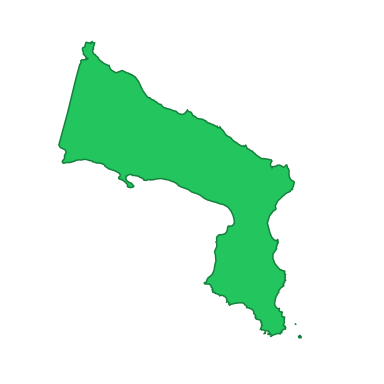 Yorke Peninsula, South Australia, Australia, rotated 285°
{"feature_id": "25037944B39877699410120", "entity_name": "Yorke Peninsula", "entity_type": "district", "adm_level": 2, "iso_a3": "AUS", "parent_name": "Australia", "parent_adm1": "South Australia", "projection": "albers", "projection_center": [137.377, -34.732], "detail": "fine", "context": "isolated", "style": "filled", "palette": "green", "viewbox_px": 384, "rotation_deg": 285, "n_neighbors": 0, "source": "geoboundaries", "source_scale": "gbopen_adm2", "svg_char_len": 5972}
<svg xmlns="http://www.w3.org/2000/svg" viewBox="0 0 384 384"><g transform="rotate(285 192 192)"><path d="M272.7,50.5L237.0,51.3L203.0,51.2L200.9,53.2L200.0,58.2L198.6,59.7L196.8,60.2L194.7,59.3L191.3,60.2L188.4,58.8L187.6,58.9L187.2,59.6L186.7,59.7L186.6,60.7L188.0,63.1L188.8,66.4L191.3,70.4L192.8,72.1L194.0,75.1L194.1,76.3L195.8,79.9L196.1,81.5L195.8,85.5L196.3,87.2L195.4,88.2L195.6,89.9L195.3,92.3L196.1,95.6L195.9,98.8L195.5,100.4L194.9,101.3L194.4,101.3L192.8,105.7L192.5,112.1L191.4,116.6L190.6,117.8L189.4,118.4L188.1,118.4L187.4,117.4L186.1,117.8L185.7,118.6L185.7,120.8L184.5,124.5L182.6,127.5L181.3,128.3L180.6,128.2L180.2,129.0L180.3,131.5L181.6,133.9L182.5,134.3L184.9,131.1L184.8,129.9L185.9,126.4L187.3,124.9L188.1,124.6L188.9,124.8L188.5,124.5L189.1,124.2L190.3,124.4L190.7,124.8L189.8,124.4L192.2,126.2L192.7,127.0L193.2,129.3L192.5,130.2L193.0,131.7L193.4,136.4L192.7,137.6L192.7,139.4L192.3,140.0L192.0,142.0L191.1,142.3L191.0,142.9L191.3,144.6L192.7,146.8L193.1,148.2L192.8,149.0L193.4,149.5L193.8,151.6L195.2,153.7L197.0,158.6L197.5,166.5L196.7,173.4L195.4,176.6L194.5,177.5L194.6,178.5L194.1,179.7L193.5,187.5L191.9,191.9L191.6,197.7L190.9,201.2L189.3,204.9L188.4,208.5L188.1,215.8L188.3,217.3L187.8,221.9L188.0,225.5L186.6,230.8L183.8,234.5L180.3,237.5L176.8,239.6L173.0,240.9L170.4,240.0L169.6,239.3L169.0,238.3L168.8,236.4L168.1,236.1L167.9,235.6L163.1,235.9L161.0,235.1L159.8,234.1L158.6,232.0L157.7,229.2L155.1,227.6L153.5,227.7L151.6,228.6L149.8,228.1L148.7,229.2L145.7,230.0L140.2,229.2L137.3,230.9L131.4,233.0L128.7,232.9L121.9,233.5L118.0,232.9L115.2,231.4L113.6,229.9L111.3,229.2L108.5,229.1L107.9,227.8L107.4,227.5L107.4,228.2L106.5,228.5L107.4,231.5L107.2,233.6L105.8,235.1L105.4,235.0L104.9,235.5L104.3,236.6L103.4,237.2L102.9,236.8L102.7,237.3L102.4,237.1L101.3,237.7L101.4,238.1L100.6,238.2L100.5,239.6L100.9,240.1L100.1,240.6L100.1,242.6L99.5,245.2L98.9,245.7L99.7,246.3L99.9,248.2L99.7,250.3L99.2,251.4L98.5,252.4L97.1,253.6L96.0,253.5L95.4,254.2L94.8,254.1L95.3,254.9L94.9,256.2L93.2,256.5L92.4,257.7L93.4,258.4L95.2,261.6L96.9,265.5L98.0,269.5L97.8,271.0L96.7,272.1L96.3,273.5L95.3,274.9L94.5,274.7L94.8,277.2L94.5,277.5L94.4,279.9L94.1,280.0L93.9,280.8L92.9,282.4L90.6,283.1L89.4,285.3L88.1,285.6L87.7,285.3L87.4,286.0L86.6,286.0L86.5,286.7L85.9,287.0L86.0,290.8L84.9,292.3L84.2,292.1L83.6,293.2L82.7,293.3L82.2,293.8L81.6,293.5L80.9,294.3L80.1,293.9L78.3,293.9L77.2,293.5L77.1,294.3L76.7,294.8L77.1,295.1L77.2,296.9L76.7,298.7L77.4,299.9L77.4,302.0L76.6,303.1L75.9,303.4L74.3,303.0L74.2,303.6L74.9,303.7L74.4,304.1L74.9,304.0L75.2,304.8L74.6,305.7L73.0,305.4L73.0,305.8L74.4,306.8L77.3,311.1L77.8,312.3L77.7,313.0L78.1,313.3L77.8,313.8L79.4,314.0L79.3,315.0L81.8,314.9L83.2,316.3L83.8,317.1L83.6,317.6L84.0,317.8L84.6,317.1L85.0,317.0L85.4,317.5L86.1,316.9L86.1,316.4L86.6,316.2L86.5,315.3L87.1,314.6L89.9,315.1L92.3,314.0L93.0,314.2L94.0,313.7L94.6,314.0L95.1,313.7L94.8,312.9L95.2,312.3L95.0,311.9L95.3,310.9L97.1,310.3L99.2,310.4L99.5,309.8L99.1,308.9L99.7,307.1L102.1,306.5L101.5,305.4L102.1,303.4L103.8,301.6L105.6,300.6L111.7,300.2L116.0,301.0L117.4,301.8L119.0,301.3L122.2,302.5L125.3,305.0L125.6,304.8L125.4,304.6L125.5,304.1L126.6,303.8L128.6,304.8L129.8,304.5L130.6,305.1L130.9,304.8L131.2,305.1L131.6,304.4L133.8,304.2L134.1,303.7L134.6,303.9L135.6,303.3L136.6,303.7L137.2,302.5L138.0,302.4L138.4,301.9L139.2,302.2L139.6,301.9L139.5,299.3L140.0,298.4L139.6,297.4L142.0,293.6L144.7,290.2L147.4,288.4L148.1,287.6L153.0,286.3L159.1,288.4L160.8,287.7L165.7,288.3L168.1,287.2L168.0,286.9L167.4,286.8L167.8,287.0L166.4,287.7L165.7,287.4L167.2,286.9L166.8,284.2L168.9,280.8L172.7,277.8L181.6,272.8L189.1,273.1L194.7,275.5L196.5,277.2L197.6,277.5L199.4,276.3L200.3,276.1L205.5,277.1L210.3,280.1L211.0,280.2L212.9,281.9L214.8,282.9L218.0,286.7L219.3,286.9L220.5,288.4L221.5,288.0L223.4,288.4L227.8,288.3L228.7,287.4L228.6,286.6L229.6,284.0L231.3,282.5L233.6,281.3L237.8,280.2L239.4,279.1L240.2,277.9L242.6,276.6L242.5,276.0L241.9,275.9L239.7,274.1L239.6,273.5L240.5,271.1L240.6,269.4L239.9,267.4L238.5,266.3L237.3,263.3L236.4,263.1L237.1,262.8L236.9,261.8L238.0,261.0L239.7,260.5L242.5,261.2L243.5,260.2L243.0,253.7L242.3,250.5L243.5,246.8L244.7,243.8L245.5,242.7L245.4,242.2L247.2,239.5L247.2,237.9L247.5,236.8L248.2,235.8L248.0,235.1L248.4,234.1L251.1,231.8L249.4,230.5L249.9,229.9L249.5,229.6L249.3,227.8L250.2,224.2L251.2,222.3L251.5,220.6L252.6,217.9L254.6,215.2L254.9,212.8L256.0,209.8L259.3,206.3L260.1,204.6L262.1,202.1L261.3,201.9L260.8,200.7L261.0,199.9L262.1,199.5L261.6,198.5L262.6,194.9L262.5,193.5L263.1,190.6L262.8,189.9L263.8,187.4L264.4,186.7L264.4,185.2L265.0,183.9L264.4,177.9L265.3,176.5L266.1,173.8L266.1,173.0L267.9,171.5L268.8,170.3L269.0,167.7L270.0,166.3L267.3,165.4L265.2,163.9L264.3,162.3L264.2,159.6L264.6,158.0L265.9,155.5L265.7,152.4L266.2,150.4L266.1,146.0L266.4,144.9L266.1,144.5L266.1,143.7L266.9,141.4L268.6,139.3L268.3,138.3L268.6,136.5L269.7,134.7L269.7,133.6L270.8,131.5L270.9,128.8L272.1,126.8L271.8,125.3L273.6,122.6L277.3,118.2L284.7,111.9L288.5,107.3L288.7,106.0L289.5,104.1L289.3,103.8L289.7,103.5L289.6,102.3L290.0,101.8L289.9,100.6L290.4,99.7L290.2,98.5L291.3,93.2L287.6,88.0L287.6,87.0L288.8,82.8L289.7,81.3L292.8,79.0L292.5,78.7L293.4,73.6L295.9,67.9L297.4,66.7L298.8,63.9L299.6,62.9L300.0,61.3L301.7,59.7L303.6,59.4L304.8,59.8L305.1,59.3L310.8,59.4L310.8,57.2L309.9,56.2L311.0,56.2L309.3,54.5L309.3,51.2L308.8,50.8L304.1,50.8L303.4,49.4L302.5,49.0L301.3,49.3L298.8,50.9L297.0,51.4L295.1,54.6L293.8,54.9L294.2,56.6L293.7,57.0L292.3,55.3L292.1,54.0L291.5,53.3L291.3,51.5L289.9,50.6L287.6,51.4L286.3,50.6L272.7,50.5ZM79.8,333.7L79.4,334.5L79.4,335.0L80.3,335.0L80.4,334.1L80.6,334.4L81.3,333.8L81.3,333.2L80.4,333.1L80.2,332.3L79.2,332.7L79.0,333.6L79.8,333.7ZM75.4,299.2L74.8,298.5L73.9,298.4L74.1,299.1L74.8,299.5L75.4,299.2ZM74.4,302.3L74.7,302.7L75.0,302.2L74.4,302.3ZM90.5,326.2L91.1,326.4L91.2,326.1L90.5,326.2Z" fill="#22c55e" stroke="#15803d" stroke-width="1.5"/></g></svg>